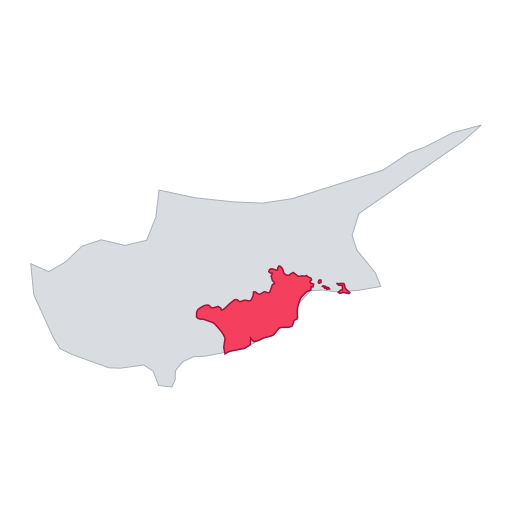 Cyprus, with Larnaca highlighted
{"feature_id": "CYP-3463", "entity_name": "Larnaca", "entity_type": "District", "adm_level": 1, "iso_a3": "CYP", "parent_name": "Cyprus", "parent_adm1": "", "projection": "robinson", "projection_center": [33.519, 34.89], "detail": "fine", "context": "in_parent", "style": "filled", "palette": "rose", "viewbox_px": 512, "rotation_deg": 0, "n_neighbors": 0, "source": "natural_earth", "source_scale": "10m", "svg_char_len": 3249}
<svg xmlns="http://www.w3.org/2000/svg" viewBox="0 0 512 512"><path d="M375.3,272.7L380.7,286.4L357.9,290.4L335.1,291.8L322.4,290.0L310.5,290.8L273.5,330.1L253.5,343.4L229.8,351.4L205.7,356.1L193.5,356.7L182.9,361.7L175.4,370.8L175.2,379.7L171.9,387.0L158.7,385.5L153.2,371.2L143.8,365.0L120.3,368.2L108.9,367.8L71.4,354.2L60.0,348.6L53.0,336.9L33.8,294.8L30.7,263.7L48.7,271.6L65.5,262.0L81.8,246.3L101.1,239.8L113.1,242.6L125.1,245.4L146.6,240.3L155.9,217.0L159.0,190.1L195.3,197.8L232.2,201.8L262.3,203.1L292.1,198.7L383.1,170.0L408.8,152.9L424.7,147.1L452.4,132.8L481.3,125.0L462.8,141.4L358.9,213.6L352.1,235.1L356.8,250.0L371.5,268.0L375.3,272.7Z" fill="#d9dde1" stroke="#a8b0b8" stroke-width="1"/><path d="M279.9,266.1L281.7,267.6L282.9,269.6L283.9,273.2L286.4,275.1L288.9,275.4L291.0,273.6L293.4,272.5L298.1,276.2L301.0,276.2L301.8,275.8L304.8,276.2L306.5,275.5L307.6,276.6L311.0,278.2L311.6,279.9L309.9,281.4L310.5,282.9L313.7,284.2L312.9,287.0L311.2,286.5L310.9,290.1L306.7,291.7L301.4,296.9L299.9,299.9L298.6,303.8L297.5,308.2L297.2,312.5L297.6,317.0L297.1,319.0L295.2,319.8L294.0,320.8L292.6,325.0L291.7,326.4L288.6,327.3L282.0,327.4L279.4,328.0L277.7,329.8L275.6,332.6L273.2,335.1L270.5,336.2L264.1,337.8L258.3,340.6L253.6,341.6L250.6,338.0L250.4,344.8L244.7,348.3L229.8,351.3L226.8,352.7L225.0,353.9L224.9,353.4L223.8,347.8L223.8,346.9L225.0,339.0L224.9,338.1L224.6,337.1L223.2,334.4L221.1,331.2L215.0,324.2L214.0,323.4L212.6,322.5L203.0,319.1L202.5,319.1L200.2,319.2L199.4,318.9L197.8,318.3L196.5,316.9L196.6,312.5L197.3,310.6L197.7,310.0L198.2,309.4L198.8,308.8L202.6,306.4L204.3,305.6L206.6,305.1L207.9,305.0L208.9,305.3L209.5,305.8L210.5,307.0L211.2,307.4L212.0,307.7L213.0,307.8L213.9,307.7L217.9,306.4L218.7,306.7L219.3,307.2L220.4,307.8L220.8,308.0L221.0,308.6L221.0,309.2L221.2,309.8L221.9,310.0L223.3,309.4L225.4,307.8L229.5,303.8L234.5,299.8L236.3,299.5L237.2,299.8L238.0,300.3L239.0,301.4L240.0,301.6L241.4,301.3L243.8,300.4L245.2,300.2L249.0,300.9L249.8,301.0L250.6,300.4L251.5,299.3L252.9,296.3L253.3,294.6L253.4,293.4L253.3,292.6L253.4,292.1L253.8,291.8L254.8,291.8L255.5,292.0L256.1,292.3L257.8,293.7L258.6,294.1L259.5,294.2L260.6,293.9L263.7,292.0L264.9,291.7L265.7,291.9L266.4,292.3L267.2,292.6L268.1,292.7L269.0,292.6L269.8,292.0L271.7,286.7L272.0,285.6L272.4,284.9L272.8,284.3L274.7,283.6L274.7,283.4L274.5,283.0L273.9,281.9L273.2,281.3L272.6,280.7L272.2,280.0L271.6,277.5L271.1,276.2L272.1,274.2L272.1,273.0L270.5,273.1L269.1,272.1L268.7,271.7L269.3,270.0L270.6,268.9L272.0,268.9L273.9,269.3L276.4,270.2L277.6,270.0L277.9,267.6L278.7,266.1L279.9,266.1ZM339.8,293.3L338.2,292.3L340.7,290.1L342.4,289.7L342.4,285.5L338.7,285.2L336.5,283.3L338.3,283.7L339.7,283.5L342.7,283.4L343.8,283.5L344.2,284.1L344.6,285.3L344.9,287.3L345.2,288.1L346.0,289.1L349.9,292.7L349.0,293.6L343.5,292.5L339.8,293.3ZM323.8,285.9L325.4,286.3L326.2,287.3L327.1,287.3L327.9,287.3L328.8,287.8L329.5,288.9L329.2,288.9L328.2,289.1L327.6,289.3L327.0,289.3L326.8,289.3L326.6,288.5L325.7,288.4L324.8,288.4L324.5,287.4L323.7,287.0L322.4,286.3L322.9,285.9L323.8,285.9ZM319.8,279.9L321.0,280.1L321.0,282.5L319.9,282.9L319.2,283.3L318.5,283.0L318.3,282.3L318.6,281.2L318.9,280.3L319.8,279.9Z" fill="#f43f5e" stroke="#9f1239" stroke-width="1.5"/></svg>